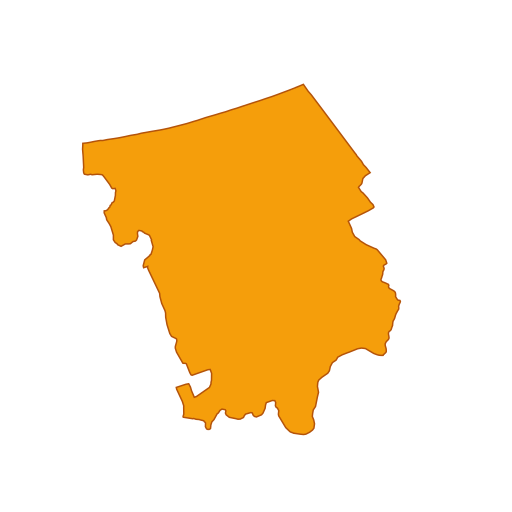 Taxisco, Santa Rosa, Guatemala (orthographic projection), rotated 152°
{"feature_id": "79465075B64159565485617", "entity_name": "Taxisco", "entity_type": "district", "adm_level": 2, "iso_a3": "GTM", "parent_name": "Guatemala", "parent_adm1": "Santa Rosa", "projection": "orthographic", "projection_center": [-90.543, 14.04], "detail": "fine", "context": "isolated", "style": "filled", "palette": "amber", "viewbox_px": 512, "rotation_deg": 152, "n_neighbors": 0, "source": "geoboundaries", "source_scale": "gbopen_adm2", "svg_char_len": 5409}
<svg xmlns="http://www.w3.org/2000/svg" viewBox="0 0 512 512"><g transform="rotate(152 256 256)"><path d="M116.1,276.0L117.2,282.3L118.3,286.2L118.4,290.1L120.0,297.4L119.9,298.3L120.4,301.0L128.9,355.8L130.4,365.2L131.5,372.2L132.6,376.9L133.6,385.3L138.0,385.7L149.2,386.9L154.5,387.6L161.4,388.5L167.1,389.3L174.0,390.5L179.2,391.3L186.3,392.6L197.8,394.6L203.4,395.5L209.3,396.7L215.1,397.6L220.2,398.7L224.8,399.6L227.3,400.1L231.9,401.1L235.8,401.9L238.3,402.3L241.8,402.9L243.8,403.2L247.9,404.1L252.8,405.0L255.3,405.5L266.9,408.3L269.3,408.9L272.7,409.7L278.0,411.2L281.6,412.3L289.6,415.0L295.2,416.8L297.9,417.7L299.8,418.3L303.7,419.2L310.2,421.4L315.6,422.9L320.6,424.4L323.1,425.2L327.1,426.6L332.6,428.6L335.4,429.4L336.7,429.8L337.7,430.2L338.8,430.9L340.6,431.6L345.1,433.1L348.3,434.0L352.1,435.2L356.0,436.8L357.0,435.0L359.0,431.7L361.7,425.4L366.5,415.2L368.0,413.1L369.1,410.3L369.1,408.8L366.4,406.6L363.6,405.8L362.6,404.7L357.9,402.8L354.5,400.6L353.5,399.7L353.0,397.3L351.6,388.0L351.5,383.7L350.9,382.7L348.6,381.8L349.1,379.3L350.3,378.0L351.7,375.5L355.3,371.1L356.8,370.5L357.9,370.7L359.9,369.2L361.0,369.1L362.0,367.9L363.2,367.6L365.4,366.5L367.5,366.5L368.8,367.1L369.8,365.4L370.2,359.6L370.6,359.1L370.8,357.7L370.4,353.5L370.4,350.0L372.1,341.4L374.3,337.3L374.0,334.0L372.9,332.0L372.9,331.0L370.6,327.9L365.7,328.0L362.4,326.3L361.1,325.8L357.9,326.5L355.5,325.8L354.0,326.2L351.1,328.8L350.1,331.6L349.1,333.1L347.4,333.6L345.0,331.7L344.9,330.8L344.0,329.8L343.7,328.6L341.1,325.4L340.4,324.3L340.6,319.4L341.1,319.0L342.5,312.5L344.8,309.8L347.9,306.8L348.8,306.9L349.4,306.3L356.1,304.8L359.6,301.0L360.2,300.3L360.5,299.3L360.7,298.4L356.5,297.7L357.2,296.7L357.5,294.0L358.6,268.3L359.9,265.2L361.5,258.4L362.0,250.5L362.6,248.1L364.5,244.3L366.8,237.1L368.5,228.0L368.3,224.7L367.8,224.0L365.1,220.3L365.3,219.5L365.4,218.9L365.7,218.4L366.1,217.8L367.1,216.7L369.7,214.0L370.5,212.6L371.3,208.4L370.9,195.7L370.1,195.1L369.1,194.6L368.5,194.1L368.1,193.6L369.2,184.2L369.2,181.7L368.4,180.7L351.9,178.2L349.7,177.3L350.3,173.2L353.6,167.2L355.0,165.6L355.5,164.7L356.0,164.0L358.8,161.8L374.5,159.9L376.8,160.2L376.2,167.3L375.4,171.1L375.4,174.8L378.3,175.7L388.1,177.4L388.6,175.6L389.3,162.2L390.2,157.4L390.6,156.9L394.0,150.3L395.7,148.6L395.9,147.8L388.1,141.9L387.3,141.8L385.6,140.0L384.2,139.1L383.1,138.4L381.1,136.5L379.5,135.1L379.4,133.9L378.9,132.8L379.0,132.2L380.8,129.0L380.8,126.6L380.3,125.8L379.6,125.3L378.7,124.9L377.6,124.9L377.0,125.2L376.6,125.9L375.9,126.9L375.2,128.0L372.8,130.3L371.0,130.9L369.9,131.3L364.4,134.9L362.9,135.1L360.3,136.6L357.9,136.8L355.3,134.7L355.3,133.4L356.7,131.7L356.9,129.8L355.3,126.1L350.1,121.8L348.6,120.4L346.5,119.4L342.9,119.3L342.3,119.7L341.6,120.3L339.5,121.3L334.1,120.2L333.0,119.3L333.2,116.6L332.7,115.1L331.2,113.7L325.7,113.2L323.6,114.0L319.5,117.2L317.4,120.1L315.7,121.7L309.5,120.8L307.3,119.5L307.4,117.4L309.2,114.6L309.2,112.8L308.5,111.8L308.5,108.8L310.5,105.8L311.0,104.2L310.3,90.5L308.5,85.0L308.2,84.5L307.6,83.7L307.1,83.3L306.0,81.9L300.7,78.0L297.9,76.1L295.6,75.3L291.4,75.2L287.8,75.8L285.7,76.8L283.1,80.4L282.0,84.2L281.6,87.9L279.9,90.4L277.7,93.2L274.1,95.2L267.9,102.8L264.8,106.3L263.0,112.0L261.5,114.3L260.6,115.6L258.8,117.0L254.7,118.0L247.7,118.8L245.1,120.2L242.3,123.5L238.6,126.0L234.1,126.5L231.3,128.3L226.2,128.3L220.3,127.6L219.2,127.4L209.8,126.4L206.1,125.2L202.8,122.9L197.8,114.7L195.7,112.3L194.6,111.2L193.6,110.4L192.2,109.5L190.4,108.6L189.9,109.0L188.7,109.3L188.0,109.5L187.3,109.7L186.6,109.9L185.9,110.4L185.2,111.7L184.9,112.4L184.6,113.2L184.3,114.5L184.1,115.5L183.9,116.3L183.5,117.2L183.1,117.9L182.6,118.2L182.1,118.7L181.3,119.1L180.6,119.4L179.7,119.7L179.0,119.9L178.4,120.1L177.6,120.6L177.0,121.2L176.6,122.2L176.4,122.7L176.2,123.3L176.0,124.0L175.7,124.8L175.5,125.3L174.9,126.2L174.2,126.7L173.7,126.9L172.7,127.0L172.1,127.2L171.4,127.5L170.8,128.0L170.4,128.4L169.9,128.9L169.4,129.4L168.8,129.9L168.0,130.6L167.4,131.6L167.0,132.2L166.4,133.1L165.8,133.9L165.0,134.5L164.0,135.1L163.0,135.8L162.5,136.3L161.5,137.3L160.9,138.0L160.2,138.6L159.4,139.3L158.2,140.1L157.3,140.7L156.1,141.5L155.4,141.8L154.9,142.2L154.4,143.0L154.1,143.6L153.8,144.4L153.3,145.1L152.8,145.5L152.4,146.0L151.8,146.4L151.3,146.8L150.5,147.4L149.8,148.2L149.8,149.2L150.6,149.8L151.2,150.2L151.6,151.2L151.7,152.3L151.8,153.6L151.8,154.7L151.4,155.3L151.0,156.0L150.7,156.7L150.3,157.7L150.2,158.3L150.2,159.2L150.5,160.1L150.8,160.6L151.3,161.5L152.0,162.5L152.7,163.6L153.1,164.1L153.5,165.0L153.6,165.9L153.4,166.7L152.9,167.4L152.5,167.7L152.4,168.8L152.7,169.2L153.3,169.9L153.6,170.4L153.9,170.8L154.3,171.3L155.2,172.4L155.9,173.2L156.5,173.8L156.9,174.8L157.0,175.9L156.6,176.7L155.2,177.9L154.5,178.7L153.6,179.5L152.9,180.2L152.6,180.6L152.2,181.2L151.9,181.7L151.5,182.4L150.8,183.0L150.0,183.5L149.5,183.9L148.9,184.6L148.7,185.1L148.5,186.2L148.4,187.0L148.0,187.6L147.0,187.9L145.7,187.9L144.9,187.9L143.9,188.2L143.3,191.8L146.0,204.5L146.6,205.8L148.1,207.4L153.4,214.3L156.9,220.4L157.3,222.1L159.7,226.8L159.8,231.7L158.7,235.5L158.2,243.4L154.0,243.9L135.7,243.2L129.9,243.4L128.8,243.9L128.6,246.5L129.7,249.8L130.3,254.9L132.0,261.6L132.9,263.4L133.3,268.5L132.6,268.9L132.1,269.1L130.6,269.5L129.0,270.1L128.2,270.7L125.3,274.2L123.4,274.9L121.8,275.5L116.1,276.0Z" fill="#f59e0b" stroke="#b45309" stroke-width="1.5"/></g></svg>